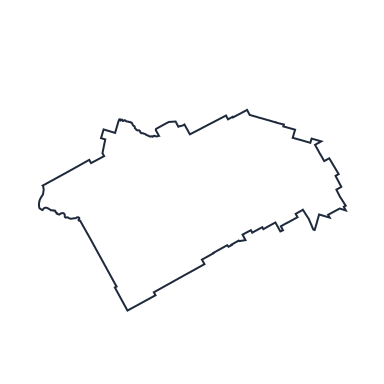 the district of Richmond, Queensland, Australia, rotated 236°
{"feature_id": "25037944B62712341328684", "entity_name": "Richmond", "entity_type": "district", "adm_level": 2, "iso_a3": "AUS", "parent_name": "Australia", "parent_adm1": "Queensland", "projection": "mercator", "projection_center": [143.266, -20.57], "detail": "fine", "context": "isolated", "style": "outline", "palette": "slate", "viewbox_px": 384, "rotation_deg": 236, "n_neighbors": 0, "source": "geoboundaries", "source_scale": "gbopen_adm2", "svg_char_len": 5320}
<svg xmlns="http://www.w3.org/2000/svg" viewBox="0 0 384 384"><g transform="rotate(236 192 192)"><path d="M156.0,74.7L154.4,74.5L129.8,72.2L126.8,104.0L130.2,104.3L128.1,129.0L127.4,137.4L125.9,154.1L125.2,162.0L130.2,162.4L130.4,162.4L129.5,172.3L129.2,175.5L129.6,175.5L128.2,191.4L127.7,191.4L127.5,191.5L126.5,191.7L126.2,191.7L126.2,191.8L126.0,193.5L125.8,195.3L126.3,195.3L125.6,203.4L125.2,203.3L124.9,203.6L122.2,209.4L128.4,210.1L127.4,219.5L124.6,219.2L124.6,219.5L123.9,226.9L123.5,230.6L121.3,230.4L120.6,238.8L120.3,241.9L120.2,243.6L120.1,244.1L109.9,243.2L109.4,246.0L113.9,246.5L113.3,253.4L113.2,253.4L112.1,265.4L115.9,265.7L115.3,273.2L115.3,273.3L115.3,274.0L108.1,273.8L104.6,273.8L93.1,271.6L91.9,272.4L91.9,272.5L96.4,277.9L102.3,284.8L93.8,291.8L97.0,292.1L95.7,305.2L90.7,309.2L94.9,309.6L94.7,311.8L96.4,311.8L103.4,312.0L105.0,312.0L105.3,312.0L113.2,313.0L113.2,313.5L112.8,317.8L112.8,318.7L117.7,319.2L125.1,320.0L125.1,321.1L125.0,321.7L124.8,323.6L130.1,323.9L131.9,324.0L134.2,324.1L138.8,324.4L143.2,324.6L143.7,318.9L151.5,319.5L151.6,319.4L154.6,319.7L159.3,320.1L162.3,320.4L161.7,327.5L169.4,321.0L166.6,317.6L173.7,311.7L180.6,305.8L186.0,312.3L195.1,304.6L195.3,304.4L196.6,305.9L198.2,304.4L202.0,301.0L203.0,300.5L202.9,300.3L206.2,297.6L211.8,292.9L213.6,291.4L216.8,288.6L217.8,287.9L220.2,285.8L223.7,282.9L228.0,283.4L229.3,283.5L229.3,283.0L230.3,273.4L230.4,272.9L230.9,267.7L231.6,267.8L232.1,262.5L236.4,262.9L236.4,262.7L239.5,235.5L239.5,235.2L241.0,222.5L241.3,222.5L241.5,222.5L241.8,222.5L244.3,222.8L246.5,223.0L250.1,223.3L252.2,223.5L252.3,221.7L252.7,220.3L253.2,219.1L253.3,218.8L253.6,218.4L253.6,217.6L253.7,217.2L259.6,217.8L263.0,212.0L263.4,208.8L263.8,204.2L264.3,199.1L264.4,197.4L263.6,196.6L257.1,196.0L257.3,195.7L257.4,195.1L257.4,194.9L257.5,194.6L257.6,194.4L257.7,194.1L257.8,193.8L258.1,193.4L258.7,193.0L258.9,192.8L259.2,192.6L259.6,192.2L259.8,192.0L259.8,191.9L260.0,191.4L259.9,191.3L260.0,191.2L259.9,190.7L259.8,190.4L259.9,190.2L260.0,190.0L260.3,189.9L260.6,189.7L260.8,189.6L260.9,189.4L261.0,189.3L261.0,189.1L261.1,188.9L261.1,188.7L261.3,188.3L261.4,188.2L261.5,188.2L261.8,188.1L262.0,187.9L262.3,187.7L262.6,187.4L263.2,187.2L263.4,187.1L263.5,187.1L263.8,186.9L263.9,186.7L264.1,186.5L264.2,186.4L264.4,186.3L264.7,186.1L265.0,186.0L265.4,185.9L265.6,185.9L265.8,185.8L266.0,185.7L266.4,185.5L266.6,185.3L266.7,185.2L267.0,184.9L267.3,184.7L267.7,184.5L267.9,184.3L268.1,184.2L268.3,184.0L268.4,183.9L268.6,183.5L268.7,183.4L268.9,183.2L269.0,183.0L269.2,182.8L269.4,182.7L269.5,182.7L270.0,182.5L270.5,182.6L270.8,182.7L270.9,182.8L271.1,182.9L271.3,182.9L271.8,182.9L272.1,182.8L272.5,182.7L272.8,182.5L273.0,182.3L273.0,182.1L273.1,181.9L273.2,181.7L273.3,181.5L273.4,181.4L273.5,181.3L274.0,181.0L274.3,180.9L274.7,180.7L275.0,180.7L275.3,180.6L275.6,180.6L276.0,180.6L276.4,180.5L276.7,180.4L276.9,180.4L277.1,180.4L277.4,180.6L277.7,180.8L277.8,180.8L278.1,180.9L278.3,181.0L278.5,181.0L278.8,181.0L278.9,180.9L279.1,180.8L279.4,180.7L279.6,180.6L279.8,180.5L280.6,180.4L281.0,180.5L281.3,180.5L281.6,180.6L282.4,180.7L282.6,180.7L282.9,180.8L283.0,180.8L283.3,180.7L283.6,180.5L283.7,180.4L283.8,180.2L284.0,180.0L284.2,179.9L284.4,179.8L284.5,179.8L284.5,179.7L284.9,179.3L285.1,179.1L285.3,178.9L285.5,178.8L285.8,178.6L286.0,178.5L286.1,178.4L286.4,178.1L286.5,177.9L286.8,177.6L287.0,177.4L287.3,177.0L287.5,177.0L287.8,176.9L288.1,176.8L288.4,176.8L288.6,176.7L288.8,176.6L288.9,176.4L289.1,176.3L289.2,176.2L289.3,176.1L289.3,175.9L289.3,175.7L289.3,175.3L289.3,175.0L289.3,174.7L289.6,174.4L289.9,174.4L290.0,174.4L290.3,174.4L290.4,174.5L290.7,174.5L290.9,174.5L291.1,174.4L291.3,174.2L291.4,173.9L291.3,173.6L291.2,173.3L291.1,173.2L291.1,172.8L291.3,172.7L291.5,172.7L291.7,172.8L291.8,172.8L292.0,173.0L292.3,173.0L292.5,173.0L292.6,172.9L292.8,172.6L292.8,172.4L292.8,172.2L292.5,171.7L292.4,171.5L291.8,170.7L284.0,161.3L293.3,153.7L287.5,146.7L284.1,149.5L274.3,139.5L270.9,139.2L272.4,124.5L276.1,124.8L278.1,100.8L280.8,71.8L280.2,71.9L277.5,70.7L276.7,70.2L273.5,67.3L273.3,66.9L272.8,65.9L271.9,63.7L271.3,62.6L270.9,62.0L270.2,60.8L269.3,60.1L269.0,59.6L268.0,58.7L267.3,58.2L266.7,57.8L265.5,57.1L263.8,56.5L262.5,57.0L261.3,57.5L260.6,58.0L260.8,58.4L261.0,58.9L261.2,59.8L261.3,60.6L261.1,61.3L260.8,61.9L260.5,62.4L259.9,62.9L259.0,63.4L258.6,63.7L257.1,64.3L256.6,64.5L255.8,64.8L255.6,65.2L255.3,65.5L254.9,65.7L254.8,66.0L254.6,66.4L254.4,66.8L254.1,67.0L253.8,67.0L253.6,67.2L253.4,67.5L253.3,67.8L253.2,68.0L252.9,68.0L252.4,67.9L252.1,68.0L251.8,67.8L251.6,67.7L251.4,67.7L251.1,67.9L250.7,68.0L250.1,68.2L249.9,68.0L249.7,67.8L249.0,68.2L248.5,68.5L248.3,68.9L247.9,69.2L247.6,69.2L247.5,69.3L247.5,69.7L247.5,70.1L247.5,70.7L247.5,71.8L246.9,72.8L246.2,73.7L245.0,73.9L244.4,73.8L242.6,72.7L242.0,72.7L241.5,72.9L241.2,73.4L241.0,73.8L240.9,74.3L240.4,74.8L239.4,75.2L238.6,75.7L237.9,76.3L237.3,77.0L237.0,77.7L236.4,79.1L235.9,79.9L235.4,80.8L235.3,81.1L235.3,82.5L235.1,82.9L234.9,83.2L234.3,83.8L234.0,83.9L233.7,84.0L233.4,84.0L233.2,83.8L232.8,83.2L232.7,82.8L232.5,82.6L232.2,82.3L231.9,82.2L231.6,82.2L231.4,82.5L230.8,83.2L228.0,83.0L224.6,82.7L208.4,81.4L205.2,81.1L198.9,80.5L178.1,78.6L158.7,76.8L155.8,76.6L156.0,74.7Z" fill="none" stroke="#1e293b" stroke-width="2"/></g></svg>